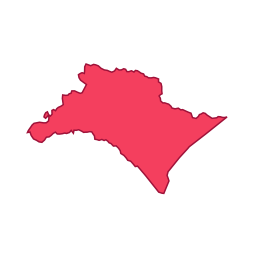 the district of Turvo, Santa Catarina, Brazil, rotated 167°
{"feature_id": "56859067B30250296279332", "entity_name": "Turvo", "entity_type": "district", "adm_level": 2, "iso_a3": "BRA", "parent_name": "Brazil", "parent_adm1": "Santa Catarina", "projection": "equal_earth", "projection_center": [-49.676, -28.894], "detail": "fine", "context": "isolated", "style": "filled", "palette": "rose", "viewbox_px": 256, "rotation_deg": 167, "n_neighbors": 0, "source": "geoboundaries", "source_scale": "gbopen_adm2", "svg_char_len": 2396}
<svg xmlns="http://www.w3.org/2000/svg" viewBox="0 0 256 256"><g transform="rotate(167 128 128)"><path d="M202.3,158.7L202.8,155.5L203.9,152.7L206.5,151.5L208.8,151.9L211.1,152.8L212.9,153.5L215.6,153.6L218.5,153.7L220.7,152.5L222.4,150.9L224.3,149.2L225.7,147.9L227.0,146.2L224.4,146.1L224.0,142.5L222.5,138.6L219.9,136.6L217.8,134.5L215.1,133.4L212.1,135.0L209.6,137.4L206.9,137.1L204.5,138.1L202.2,139.5L199.7,140.3L198.3,138.1L196.1,137.5L193.1,137.2L190.8,137.3L189.1,136.5L186.0,136.8L183.9,138.4L182.4,135.2L181.1,138.0L178.9,137.4L176.4,137.4L173.7,135.2L172.2,133.7L170.4,133.5L168.5,133.1L166.3,133.1L164.2,132.4L163.4,130.1L162.5,127.9L162.8,124.5L160.9,123.7L158.9,122.5L156.0,122.7L154.1,121.2L152.2,121.5L150.7,119.8L149.8,117.9L148.0,116.6L146.3,113.7L143.5,113.2L141.8,110.5L140.7,107.7L140.7,104.8L138.1,102.2L136.5,99.2L135.5,96.6L132.9,95.1L131.3,92.3L129.6,88.8L127.3,88.7L121.5,77.5L112.5,58.6L109.5,56.8L107.8,56.2L101.5,65.1L100.0,67.2L100.2,69.9L100.6,73.0L98.8,76.4L84.5,87.6L74.6,94.4L72.5,96.0L53.4,104.8L29.0,116.5L31.4,116.5L33.4,117.0L35.6,118.2L37.6,118.8L39.2,118.0L41.3,118.2L43.9,118.5L46.0,120.7L47.8,122.5L49.5,124.9L51.4,125.9L53.6,125.2L55.4,125.0L56.9,123.4L59.5,122.0L62.8,123.6L63.3,128.3L65.5,129.7L67.9,131.5L70.6,133.6L72.5,133.8L74.5,136.0L77.8,136.1L80.6,137.5L81.3,139.6L83.0,142.1L84.9,143.2L86.5,144.2L88.4,144.6L90.1,147.0L89.8,149.8L90.5,152.2L88.9,153.2L87.1,153.7L86.8,156.4L85.8,160.7L85.8,164.0L87.9,166.1L87.2,168.9L89.9,170.7L91.6,171.5L94.1,171.6L96.8,172.3L98.1,173.8L100.0,174.7L100.7,177.2L103.0,178.5L104.6,180.3L106.0,181.7L107.8,182.4L109.6,181.2L111.8,183.0L114.5,182.7L116.4,183.2L117.1,185.7L118.8,186.7L121.4,186.1L123.6,186.5L125.9,188.8L128.3,186.6L131.2,186.0L133.5,187.5L135.2,188.8L138.0,189.9L140.8,192.2L142.9,195.2L145.1,196.7L147.2,197.7L150.3,197.1L152.6,198.6L154.5,199.8L156.4,197.4L157.5,193.2L158.3,191.0L160.3,192.2L162.1,191.9L164.3,191.1L164.4,188.0L163.5,185.3L158.7,179.7L164.7,172.7L166.7,172.5L169.3,174.3L171.7,176.2L174.4,176.8L175.8,174.6L177.6,174.6L179.1,173.5L181.3,173.8L184.2,174.9L185.3,171.6L185.6,168.1L185.8,165.4L187.8,164.5L189.5,164.1L191.2,163.8L193.0,162.9L194.7,161.2L196.4,162.7L198.2,162.2L198.9,158.5L200.9,157.1L202.3,158.7ZM202.3,158.7L202.9,161.9L204.7,161.4L206.3,159.7L207.4,157.7L206.1,156.0L204.1,157.2L202.3,158.7Z" fill="#f43f5e" stroke="#9f1239" stroke-width="1.5"/></g></svg>